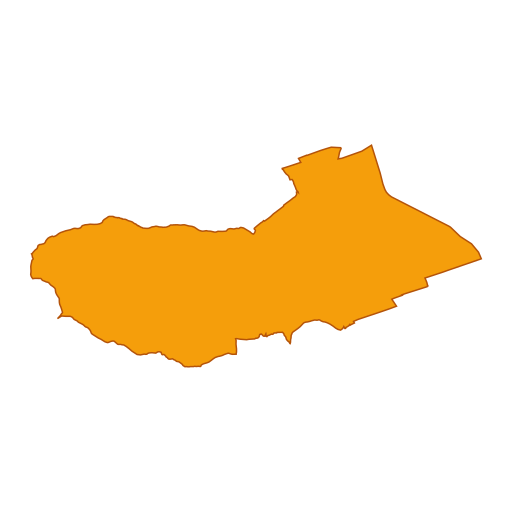 outline of Orbeni, Bacau, Romania
{"feature_id": "2599482B35012513520864", "entity_name": "Orbeni", "entity_type": "district", "adm_level": 2, "iso_a3": "ROU", "parent_name": "Romania", "parent_adm1": "Bacau", "projection": "albers", "projection_center": [26.985, 46.28], "detail": "fine", "context": "isolated", "style": "filled", "palette": "amber", "viewbox_px": 512, "rotation_deg": 0, "n_neighbors": 0, "source": "geoboundaries", "source_scale": "gbopen_adm2", "svg_char_len": 5994}
<svg xmlns="http://www.w3.org/2000/svg" viewBox="0 0 512 512"><path d="M449.1,226.3L391.5,196.9L389.1,195.1L387.7,193.7L386.3,192.1L384.9,189.5L382.9,184.0L380.2,173.2L371.5,145.2L361.8,151.2L341.8,158.3L339.5,158.6L338.1,158.9L338.7,156.6L339.3,153.4L339.6,152.1L341.1,148.6L340.7,147.7L331.2,147.2L326.8,148.5L320.8,150.4L306.9,155.4L306.7,155.2L298.5,158.4L300.8,162.4L285.6,167.4L282.2,168.4L282.2,168.8L282.4,169.2L282.6,169.1L283.5,170.1L283.7,170.6L284.6,172.0L286.4,174.2L287.2,174.7L288.5,175.9L289.0,177.0L290.0,179.8L292.1,179.5L292.7,180.3L293.5,182.0L293.8,183.6L295.3,187.0L296.1,189.3L296.7,190.4L297.0,190.7L297.3,191.1L298.1,191.9L298.2,192.3L297.8,191.9L297.1,191.7L296.4,192.1L296.6,193.1L296.6,194.4L296.1,195.5L295.2,196.7L293.3,197.9L289.8,200.7L287.0,202.7L283.7,205.2L283.5,206.3L273.4,213.9L270.6,216.6L268.2,218.5L264.5,221.1L263.7,220.6L262.1,222.1L260.9,222.8L256.9,226.0L254.6,228.0L254.3,228.3L254.2,228.9L255.3,230.1L255.4,230.4L255.4,230.7L255.0,231.8L254.7,232.6L253.6,234.1L253.1,234.0L251.7,233.4L250.1,231.9L243.6,228.0L241.9,227.6L240.8,227.4L240.2,227.6L239.0,228.4L238.6,228.5L236.6,228.3L234.0,229.0L230.6,228.6L229.4,228.7L228.0,229.2L227.5,229.6L226.9,230.4L226.4,230.9L225.5,231.2L222.3,231.4L217.9,231.3L216.5,231.9L215.0,232.2L210.6,231.2L208.2,231.1L206.3,230.7L203.8,231.1L202.1,231.2L199.6,230.5L198.5,230.0L194.4,227.2L192.1,226.4L188.6,225.9L185.0,224.9L184.3,224.8L183.2,224.8L180.6,225.1L178.1,224.9L177.8,224.8L176.5,224.8L173.2,224.9L172.8,225.0L170.6,225.0L169.0,226.1L166.4,227.1L165.5,227.2L162.5,227.3L162.1,227.1L159.1,226.9L157.8,226.5L156.0,226.2L154.2,226.6L152.0,226.9L149.0,228.2L148.4,228.3L147.0,228.4L143.0,228.1L141.7,227.4L141.0,227.3L138.6,225.8L138.2,226.0L138.0,225.8L138.1,225.6L136.7,224.9L136.4,224.4L136.2,224.3L135.0,223.7L134.6,223.7L132.5,222.1L131.4,221.6L128.1,220.6L126.4,219.7L125.2,219.3L122.3,219.1L122.1,218.6L120.5,218.3L120.0,218.2L119.4,217.8L118.8,217.6L117.9,217.7L117.6,217.8L117.4,217.6L115.2,217.4L114.8,217.1L114.4,217.0L114.1,217.1L113.8,216.9L113.6,216.6L112.3,216.4L109.4,216.4L108.3,216.7L107.3,217.5L104.2,219.5L103.0,220.7L102.3,222.3L101.7,222.8L100.2,223.6L99.1,223.9L97.2,224.3L94.1,224.4L90.1,224.2L87.4,224.6L85.0,224.8L84.0,225.2L83.3,225.3L82.3,225.7L81.5,226.5L81.0,227.4L80.8,227.6L80.3,227.9L78.6,228.5L77.3,228.6L74.9,228.3L73.5,228.5L70.5,229.7L65.7,230.8L60.5,232.6L58.6,233.7L56.4,235.4L55.6,235.9L53.7,236.6L53.3,236.6L52.5,236.2L52.2,236.2L49.6,237.2L47.9,238.3L46.8,239.6L46.1,240.5L45.6,241.4L45.2,242.5L44.1,243.5L43.6,243.8L42.0,244.1L41.4,244.4L39.8,244.5L39.0,244.9L38.1,245.5L37.2,248.3L36.7,248.9L35.4,249.8L34.8,250.4L33.1,252.3L32.5,253.2L31.5,253.9L31.9,254.4L32.2,255.8L32.5,257.4L33.1,258.5L33.1,259.1L32.0,260.3L31.0,265.0L30.8,266.6L31.0,271.0L30.9,272.8L30.7,274.4L30.8,274.9L31.1,276.0L31.7,277.2L32.8,278.7L34.6,278.4L37.1,278.4L40.8,278.5L41.0,278.6L42.3,280.2L42.6,280.4L45.1,281.4L46.1,281.9L47.9,282.3L48.7,282.7L50.7,285.0L53.3,286.8L54.3,287.7L55.1,288.6L55.3,289.2L55.5,291.0L55.7,292.2L56.3,293.8L57.2,295.4L58.9,297.9L59.3,298.6L59.3,300.9L59.4,302.7L59.7,304.3L60.9,307.1L61.6,309.2L62.5,312.3L62.4,312.8L61.4,313.9L60.5,315.4L57.5,318.6L61.6,316.0L65.6,316.3L70.1,316.3L70.8,316.5L71.7,316.9L72.8,317.8L74.1,319.4L77.1,320.9L78.4,322.2L82.7,324.4L84.1,325.5L84.6,326.1L85.6,326.9L87.1,327.4L88.1,328.0L89.7,329.7L90.3,330.6L90.7,331.5L91.4,333.3L92.2,334.1L98.3,338.0L101.0,339.3L104.8,341.7L106.7,342.4L107.6,342.6L108.5,342.4L110.9,341.4L112.9,341.0L113.7,341.1L114.3,341.3L117.5,344.1L118.3,344.4L120.7,344.4L122.1,344.8L123.6,344.9L126.0,346.3L129.0,348.6L132.0,351.2L137.1,354.5L140.5,354.9L144.2,354.1L145.6,354.3L146.8,354.2L147.7,353.5L148.2,353.2L149.6,352.9L151.9,352.7L155.7,353.1L156.2,352.9L157.5,352.0L158.3,351.8L159.8,351.8L161.1,352.3L161.6,353.8L162.0,354.5L162.4,354.7L163.9,354.5L164.9,355.2L165.4,355.9L165.7,356.1L166.2,357.0L166.8,357.3L167.6,357.9L167.8,358.4L168.8,359.1L169.4,359.2L170.8,359.1L172.6,358.8L173.8,359.7L174.8,360.0L176.5,361.3L177.1,361.5L178.0,361.6L179.0,361.9L179.9,362.5L182.1,364.2L182.4,364.5L183.0,365.5L184.9,366.7L186.5,366.6L187.9,366.8L189.2,366.8L190.4,366.6L193.5,366.6L194.6,366.3L196.3,366.5L198.3,366.3L200.4,366.5L200.8,366.2L201.2,365.2L201.4,364.9L203.5,363.8L207.0,362.8L209.0,362.0L211.2,360.4L213.5,358.6L215.2,357.5L218.0,356.5L219.7,356.2L221.5,355.7L223.0,355.2L223.3,354.9L226.2,353.8L228.2,353.2L228.9,353.3L231.2,354.1L232.7,354.3L236.2,354.2L236.2,353.4L236.5,352.1L236.5,348.9L236.0,344.2L236.1,340.6L235.6,338.7L236.6,338.6L240.1,339.2L246.6,339.7L248.8,339.3L254.8,338.9L255.5,338.3L257.0,338.2L258.1,337.8L258.6,337.4L259.2,336.5L259.7,334.5L260.7,334.2L261.0,334.0L261.5,334.1L263.2,335.9L263.8,336.2L264.6,336.2L265.1,335.4L265.9,333.8L266.0,334.2L265.7,334.6L265.8,335.2L266.1,335.6L265.8,336.2L266.9,336.6L267.8,335.6L269.2,335.2L270.5,334.6L271.3,334.1L272.1,334.3L273.1,334.1L274.0,333.0L276.7,332.9L277.0,332.4L282.5,332.3L283.3,333.1L283.9,333.9L284.1,334.9L284.5,335.6L285.1,336.2L285.7,336.9L286.4,339.3L286.9,340.0L288.0,341.2L289.0,341.9L289.8,343.3L290.1,343.6L290.3,343.2L290.5,342.3L290.6,339.7L291.0,338.0L291.2,335.2L291.6,334.6L291.9,333.5L292.4,332.6L293.1,331.9L297.6,328.7L300.2,326.6L303.5,323.1L304.3,322.6L305.8,322.1L307.2,322.0L309.8,321.4L311.6,320.8L314.7,320.0L316.6,320.2L317.9,320.1L318.6,319.8L319.4,319.9L320.1,320.2L321.1,320.9L323.0,321.7L325.0,322.0L327.3,322.8L330.0,324.1L333.2,326.2L335.5,328.0L337.9,329.4L340.6,330.1L342.5,328.7L343.4,327.5L343.8,326.6L344.6,328.1L344.9,328.5L345.2,328.5L345.6,328.3L345.4,327.8L348.0,326.3L348.9,325.6L349.8,324.5L350.1,325.2L351.1,324.6L354.4,323.0L353.5,321.4L358.1,319.4L381.7,311.5L389.2,308.9L396.5,306.2L391.8,299.2L394.1,298.2L402.2,295.3L401.8,294.9L404.4,293.9L427.1,286.7L427.3,286.1L427.9,285.9L427.4,284.7L426.8,282.3L425.0,278.0L442.9,272.1L448.5,270.1L481.3,258.8L478.5,252.2L471.5,243.8L460.2,236.5L450.5,227.2L449.1,226.3Z" fill="#f59e0b" stroke="#b45309" stroke-width="1.5"/></svg>